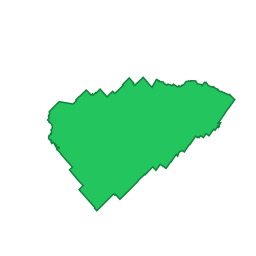 Río Primero, Córdoba, Argentina, rotated 215°
{"feature_id": "61730980B52469297457294", "entity_name": "Río Primero", "entity_type": "district", "adm_level": 2, "iso_a3": "ARG", "parent_name": "Argentina", "parent_adm1": "Córdoba", "projection": "equal_earth", "projection_center": [-63.224, -31.038], "detail": "fine", "context": "isolated", "style": "filled", "palette": "green", "viewbox_px": 256, "rotation_deg": 215, "n_neighbors": 0, "source": "geoboundaries", "source_scale": "gbopen_adm2", "svg_char_len": 4615}
<svg xmlns="http://www.w3.org/2000/svg" viewBox="0 0 256 256"><g transform="rotate(215 128 128)"><path d="M57.0,196.2L57.1,197.4L57.1,202.4L56.9,202.5L56.9,206.0L56.8,210.4L56.8,212.4L57.3,212.4L57.3,212.5L63.1,213.5L63.9,213.7L63.9,213.2L64.4,213.2L65.2,213.0L66.5,212.4L67.4,212.4L69.4,212.1L69.7,211.8L70.5,211.8L72.7,211.4L72.6,210.9L76.1,210.4L76.2,211.3L77.2,211.1L77.7,210.9L78.1,210.9L80.2,210.6L80.3,210.6L81.8,210.1L81.8,210.6L82.9,209.6L84.0,209.4L84.7,209.1L87.3,209.0L89.0,209.8L90.3,210.2L90.4,209.5L90.8,209.6L91.0,209.4L91.6,209.3L91.6,205.2L92.8,205.7L96.0,204.1L96.0,204.3L97.6,204.3L99.2,205.2L99.5,205.4L103.8,202.7L103.7,201.9L105.4,201.4L105.7,200.6L106.3,200.1L106.5,199.9L106.8,199.5L107.1,199.4L107.2,195.3L107.7,194.8L107.9,194.1L108.1,194.0L108.1,193.4L108.6,193.4L108.6,191.9L110.7,191.8L110.7,190.1L115.9,189.9L115.9,188.7L116.4,188.7L116.4,187.9L119.5,187.1L120.4,186.8L120.6,186.5L120.6,186.3L120.7,185.8L121.0,185.6L121.0,185.3L122.7,185.3L124.2,185.2L124.2,185.3L124.5,185.3L125.5,185.6L125.5,185.8L129.1,184.0L129.2,184.6L129.6,184.5L131.7,184.3L131.6,184.1L132.6,184.0L131.7,175.1L134.8,175.7L137.9,176.5L141.3,177.4L144.7,178.2L145.0,176.3L147.0,166.6L149.0,167.1L148.9,168.0L155.7,169.7L156.7,164.2L157.3,160.4L156.4,160.2L157.3,155.3L157.5,154.4L157.8,152.7L158.7,148.7L161.6,149.3L161.9,147.2L162.1,147.2L162.4,145.3L163.1,141.5L173.2,143.9L174.2,138.2L174.8,138.4L175.4,135.2L176.7,135.6L177.1,133.8L182.6,135.0L182.7,134.9L184.0,135.1L185.5,127.2L186.1,125.4L186.3,124.2L186.8,121.1L185.9,120.8L186.8,116.1L199.5,110.1L200.9,102.4L201.9,96.2L201.2,95.4L200.3,94.8L200.2,94.6L200.1,94.4L200.3,93.8L200.3,93.6L200.3,93.4L200.1,93.2L200.2,92.6L200.1,92.3L200.0,92.1L199.8,92.0L199.6,92.1L199.4,91.5L199.2,91.4L198.4,91.2L198.5,88.4L196.2,88.3L196.2,87.5L195.5,87.6L195.3,87.5L192.9,87.4L192.3,87.0L191.8,86.6L191.6,86.4L191.2,86.1L190.8,85.6L190.4,85.1L190.0,84.3L189.8,83.7L189.8,82.9L189.8,82.3L189.9,82.2L189.4,81.8L189.0,81.5L188.9,81.4L188.7,81.2L188.4,80.8L188.3,80.6L188.1,80.6L187.9,80.2L187.7,79.9L187.6,79.6L187.4,79.4L187.5,79.3L187.5,79.2L188.1,79.2L188.3,79.0L188.3,78.8L188.2,78.7L188.1,78.8L187.9,78.9L187.7,78.7L187.5,78.2L187.6,77.9L187.8,77.9L187.8,77.6L187.9,77.4L188.0,77.2L188.1,76.7L188.2,76.4L188.3,76.1L188.3,75.8L188.1,75.7L187.9,75.2L187.6,74.7L187.3,74.2L187.1,74.1L187.0,73.9L186.7,73.9L186.6,73.7L186.4,73.6L185.8,73.8L185.0,73.7L184.8,73.6L184.8,73.4L184.5,73.4L184.4,73.4L184.4,73.5L184.4,73.8L184.0,73.9L184.0,74.0L183.9,74.1L183.4,73.7L183.3,73.4L183.3,73.2L183.1,72.9L183.0,72.6L183.0,72.4L182.8,72.1L182.7,72.0L182.4,71.9L182.1,71.8L181.8,71.8L181.7,71.8L181.5,71.7L181.5,71.8L181.7,72.3L181.7,72.5L181.3,72.5L181.2,72.3L181.0,72.6L181.1,72.8L181.1,73.0L181.1,73.3L180.9,73.4L180.7,73.2L180.4,73.2L180.2,73.1L179.8,73.2L179.6,73.1L179.3,73.2L179.3,73.3L179.2,73.3L178.9,73.3L178.8,73.2L178.7,72.9L178.7,72.6L178.8,72.4L178.7,72.3L178.5,72.6L178.4,72.7L178.0,72.9L177.8,72.8L177.8,72.7L177.7,72.4L178.0,72.2L177.9,72.1L177.7,72.0L177.6,72.4L177.4,72.5L177.2,72.5L177.1,72.4L177.1,72.1L176.9,72.2L176.9,72.6L176.6,72.9L176.5,72.7L176.5,72.1L176.7,71.9L176.8,71.8L176.7,71.6L176.6,71.4L176.4,71.5L176.3,71.4L176.3,71.2L176.1,71.3L175.8,71.5L175.5,71.5L175.4,71.4L175.0,71.1L174.7,71.2L174.4,71.2L174.3,71.6L174.1,71.8L173.9,71.9L173.8,72.0L173.9,72.3L173.5,72.7L173.2,72.7L172.9,72.3L173.0,72.1L172.9,72.0L172.9,71.9L173.0,71.8L173.2,72.0L173.3,72.1L173.5,72.1L173.8,71.9L173.9,71.6L174.0,71.5L174.1,71.4L174.2,71.2L174.4,70.8L174.6,70.4L174.6,70.2L174.5,69.8L173.0,69.4L172.9,69.5L168.4,68.6L168.2,68.2L156.0,65.2L151.1,64.1L151.9,60.2L148.4,59.2L145.7,58.4L138.4,56.5L131.7,55.1L132.8,49.4L113.1,44.7L112.3,44.4L110.5,44.0L109.3,43.7L109.3,43.0L106.8,42.5L106.1,42.3L105.4,46.2L104.7,50.1L104.3,52.6L102.4,63.0L101.9,65.8L100.2,65.4L100.0,66.4L96.7,65.6L93.7,64.9L91.3,78.1L91.1,79.3L89.4,89.2L89.3,90.8L89.3,91.3L89.4,91.6L89.2,92.7L88.7,95.3L88.3,96.7L87.8,99.7L87.2,99.5L86.6,102.6L86.8,102.6L86.4,104.4L85.4,110.4L80.8,109.3L80.8,113.0L80.8,116.7L77.3,116.7L77.3,116.9L75.2,116.9L75.2,116.7L74.2,116.7L73.8,116.7L73.7,116.7L73.6,116.9L73.7,124.6L73.3,124.7L73.3,125.1L73.3,125.9L73.3,126.0L73.3,127.3L73.3,134.1L71.2,133.4L72.3,137.5L70.6,140.6L68.1,140.6L68.1,141.8L68.3,145.5L68.3,149.8L67.8,149.9L67.8,152.5L67.8,154.3L67.9,160.0L65.6,160.0L65.6,160.8L64.2,160.8L64.2,163.3L60.7,163.4L60.8,168.1L58.4,168.1L57.1,168.1L57.2,176.1L55.4,176.0L55.4,180.1L54.7,180.1L54.7,180.3L54.1,180.3L54.1,181.4L55.5,180.9L55.5,182.2L54.8,182.4L55.2,185.4L56.9,183.7L56.9,188.3L57.0,196.2Z" fill="#22c55e" stroke="#15803d" stroke-width="1.5"/></g></svg>